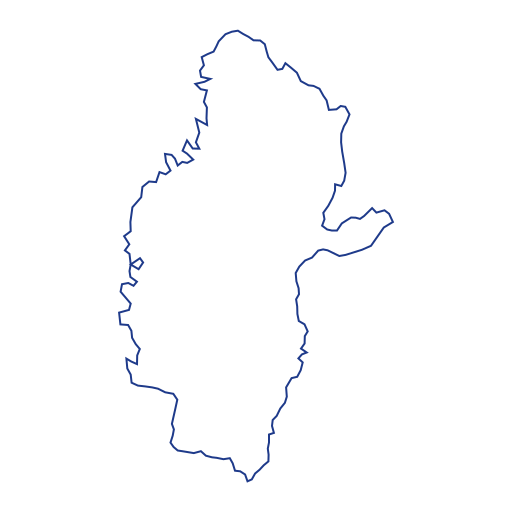 the district of Saldanha Marinho, Rio Grande do Sul, Brazil
{"feature_id": "56859067B4805351166709", "entity_name": "Saldanha Marinho", "entity_type": "district", "adm_level": 2, "iso_a3": "BRA", "parent_name": "Brazil", "parent_adm1": "Rio Grande do Sul", "projection": "equal_earth", "projection_center": [-53.092, -28.388], "detail": "fine", "context": "isolated", "style": "outline", "palette": "blue", "viewbox_px": 512, "rotation_deg": 0, "n_neighbors": 0, "source": "geoboundaries", "source_scale": "gbopen_adm2", "svg_char_len": 2601}
<svg xmlns="http://www.w3.org/2000/svg" viewBox="0 0 512 512"><path d="M200.0,70.6L201.1,76.9L210.3,78.9L204.5,81.8L195.4,83.9L200.7,89.2L206.9,90.4L203.9,101.9L206.9,107.4L206.5,118.3L207.1,125.0L195.9,118.9L199.3,132.6L195.9,142.3L199.3,148.7L192.7,148.5L187.0,140.4L182.6,150.7L187.0,153.6L193.2,159.6L187.2,162.9L182.3,161.9L177.7,165.5L175.0,158.7L171.6,154.9L165.0,153.9L166.1,162.2L170.5,170.6L165.7,174.3L159.5,172.1L156.1,182.1L149.1,181.5L142.4,187.0L141.2,197.2L132.4,207.3L130.4,222.0L130.7,231.2L124.1,236.2L129.3,244.3L124.9,250.4L129.5,253.9L130.7,264.5L129.5,271.1L130.4,277.0L136.9,281.7L133.5,285.8L128.3,283.0L122.0,284.2L120.6,291.7L130.7,303.6L129.0,309.9L119.1,312.6L120.4,324.4L128.1,325.0L131.4,330.8L132.1,337.8L135.7,344.1L139.8,349.0L137.2,355.4L137.0,364.1L131.2,361.5L126.4,358.6L127.3,368.5L130.7,374.6L131.6,382.7L137.9,385.6L145.1,386.4L152.2,387.4L158.0,388.7L165.2,392.3L173.3,393.8L177.3,399.7L175.0,410.2L171.9,423.9L173.9,429.4L172.7,435.7L170.5,442.6L173.6,447.0L177.7,450.5L182.3,451.2L193.8,453.1L200.9,451.2L205.9,455.7L212.0,457.3L216.5,457.8L223.5,459.2L229.8,458.2L232.7,463.3L235.0,470.7L240.2,471.3L245.1,474.5L247.5,481.3L251.8,479.4L255.1,473.5L259.5,469.8L263.8,465.2L268.4,461.4L268.6,454.7L267.8,448.6L269.0,442.5L269.0,434.5L273.9,432.9L272.0,425.9L272.7,420.0L276.7,415.9L280.3,408.5L284.9,402.8L286.8,396.7L286.1,387.4L291.6,378.1L297.2,376.8L300.7,370.2L302.7,362.4L298.4,358.4L301.9,354.4L306.7,352.5L301.0,348.6L304.6,343.5L304.8,336.1L307.7,331.4L304.5,324.3L298.8,321.0L297.4,314.0L297.2,306.4L296.1,299.3L299.0,294.2L298.6,288.2L296.4,281.3L295.7,273.0L299.3,266.6L305.1,260.5L312.0,257.6L318.2,250.6L323.1,249.4L327.6,250.3L339.3,256.0L345.6,254.9L361.9,249.8L371.0,245.8L383.8,227.5L392.9,222.0L389.1,213.8L384.5,210.3L376.4,212.6L372.1,208.1L364.1,216.0L360.0,218.9L355.7,217.7L351.1,217.5L346.8,220.2L341.8,223.4L337.0,230.5L331.7,230.5L327.2,229.5L322.1,225.7L324.5,219.2L323.3,212.8L328.3,205.8L332.6,197.7L335.0,190.7L335.1,184.3L341.3,186.0L344.2,180.7L345.6,172.8L344.2,163.1L342.2,151.6L341.1,142.3L341.3,133.6L343.9,126.3L346.6,121.8L349.5,114.4L345.3,106.8L340.7,106.0L336.5,109.3L328.9,109.9L326.6,100.4L323.4,95.8L319.5,88.8L313.5,85.9L308.5,85.3L300.8,81.1L296.9,72.7L290.9,67.6L285.4,63.2L282.3,68.9L277.5,69.8L272.5,62.8L268.4,57.3L266.7,51.6L264.8,44.2L260.2,40.5L253.5,40.3L248.5,36.8L243.2,34.0L237.9,30.7L231.9,31.7L225.5,34.2L218.7,41.3L216.3,46.5L213.6,51.6L207.4,54.2L201.7,57.1L203.9,65.3L200.0,70.6ZM130.7,264.5L140.0,258.2L143.1,262.5L138.6,269.2L130.7,264.5Z" fill="none" stroke="#1e3a8a" stroke-width="2"/></svg>